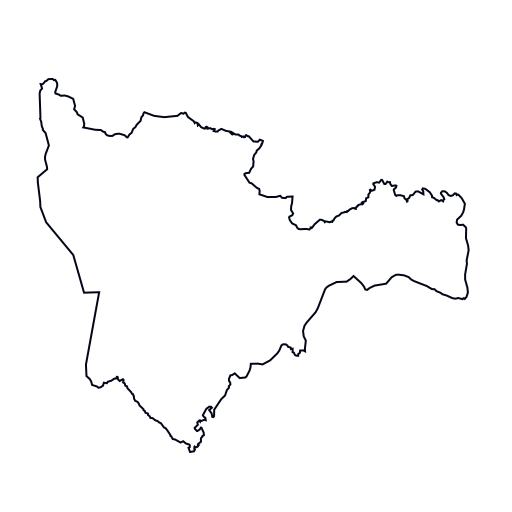 Tuy, Tuy, Burkina Faso (Natural Earth projection), rotated 356°
{"feature_id": "67063806B52798800731394", "entity_name": "Tuy", "entity_type": "district", "adm_level": 2, "iso_a3": "BFA", "parent_name": "Burkina Faso", "parent_adm1": "Tuy", "projection": "natural_earth1", "projection_center": [-3.482, 11.43], "detail": "fine", "context": "isolated", "style": "outline", "palette": "ink", "viewbox_px": 512, "rotation_deg": 356, "n_neighbors": 0, "source": "geoboundaries", "source_scale": "gbopen_adm2", "svg_char_len": 6079}
<svg xmlns="http://www.w3.org/2000/svg" viewBox="0 0 512 512"><g transform="rotate(356 256 256)"><path d="M195.9,108.3L194.9,108.0L193.5,109.0L191.3,108.1L187.4,110.7L174.2,111.1L164.2,109.1L154.7,104.8L153.7,105.9L153.1,107.8L151.3,109.6L150.3,113.1L146.2,116.7L144.7,119.0L142.4,120.6L140.5,124.4L138.2,126.0L136.3,128.7L135.6,128.7L133.3,126.3L128.0,124.4L124.0,124.6L121.1,126.2L118.1,126.0L115.8,125.1L114.5,123.7L114.0,121.9L112.3,121.4L110.0,119.5L104.6,118.9L92.7,115.7L93.4,114.8L93.9,112.2L92.8,105.8L87.9,102.2L87.4,100.2L84.8,96.9L86.0,93.7L84.6,86.5L79.8,83.7L76.5,82.6L72.3,82.5L70.6,81.2L67.3,79.9L67.2,78.2L69.5,72.9L69.7,70.0L69.3,68.6L68.0,66.3L66.7,66.5L65.5,65.2L61.2,65.1L59.1,66.8L57.8,67.0L56.3,68.8L54.8,69.8L53.2,69.5L54.3,74.0L52.3,76.0L51.5,78.7L50.6,103.2L50.1,103.9L51.1,107.1L51.4,111.9L52.3,114.1L52.1,115.3L54.7,118.7L57.1,131.3L53.3,139.5L52.4,142.6L52.3,145.2L53.7,152.5L53.7,154.9L43.7,162.2L43.5,167.4L44.5,186.3L44.3,192.0L49.0,207.7L73.8,242.3L81.9,280.6L97.0,281.2L78.8,352.4L78.5,363.9L81.7,367.3L82.9,369.9L83.5,373.2L88.1,375.0L89.7,376.4L91.7,376.2L94.3,374.7L95.4,371.8L98.4,372.5L99.4,371.1L103.0,370.3L106.1,368.4L107.8,368.5L108.8,366.8L109.5,367.0L109.8,369.5L111.3,371.2L114.6,369.6L115.3,370.5L114.6,372.9L116.1,373.8L116.6,376.3L118.2,377.0L118.6,379.0L122.1,383.3L122.6,384.7L123.7,385.3L124.0,386.9L124.4,387.2L124.4,389.8L125.4,392.0L127.5,393.2L128.4,394.3L129.5,397.1L133.0,400.9L133.0,401.9L134.3,402.9L134.8,404.7L137.2,405.6L137.2,407.1L138.9,408.6L139.4,410.2L141.5,410.5L144.2,413.0L146.1,413.6L147.8,415.3L149.5,416.2L152.3,420.7L153.7,421.3L155.2,423.5L157.9,428.2L158.1,429.5L158.8,429.8L160.2,432.8L162.5,433.4L167.7,436.8L170.5,435.7L172.9,438.1L176.4,439.5L176.8,440.6L176.5,442.2L175.3,442.6L176.5,446.9L180.5,446.5L181.5,445.0L181.0,444.4L181.2,442.2L181.5,441.8L182.3,442.8L184.2,442.3L185.2,441.2L184.7,441.2L185.0,439.6L188.2,437.4L188.2,435.0L188.7,433.5L189.7,432.7L189.9,431.9L191.5,431.2L191.5,428.6L189.6,423.5L189.1,423.3L187.8,425.1L185.4,426.5L184.9,426.5L182.9,424.0L182.8,423.2L186.2,420.3L185.8,417.9L187.8,416.3L188.6,417.3L188.9,416.2L190.2,416.7L192.8,415.8L194.4,416.3L194.2,414.0L192.6,412.6L191.9,411.1L195.8,405.0L198.9,403.0L200.7,403.3L201.4,404.3L198.5,406.4L200.7,409.8L201.2,413.5L202.2,413.7L203.0,412.8L203.6,406.4L211.5,396.2L215.4,393.0L217.6,387.7L219.8,385.6L219.8,384.0L221.5,382.4L221.4,380.3L220.4,378.8L220.4,376.8L222.1,373.3L223.9,373.1L226.6,371.6L231.2,376.6L236.6,376.5L238.0,375.7L241.5,370.0L242.7,366.9L243.3,363.2L250.3,363.5L255.0,364.6L262.8,361.1L270.5,354.6L272.7,351.8L275.1,347.0L276.8,346.0L279.5,346.2L281.1,347.5L281.7,348.9L284.2,349.7L284.4,351.3L286.1,351.1L285.8,354.5L287.1,355.1L287.8,357.3L289.2,358.2L291.1,358.5L291.4,356.6L293.0,355.7L293.4,353.4L296.7,353.5L298.3,354.5L298.3,352.0L299.8,343.9L298.0,339.5L297.7,334.1L299.5,329.0L301.7,326.1L311.6,316.2L314.2,312.0L322.5,294.2L323.9,292.5L326.5,290.8L334.6,287.6L344.6,287.9L348.5,285.6L351.9,282.8L359.2,290.4L361.7,294.2L362.6,296.9L364.4,297.6L367.2,295.8L372.2,293.8L383.9,292.7L389.9,286.6L394.1,284.6L396.6,284.5L402.3,285.6L406.8,287.7L409.3,290.4L412.2,292.2L424.3,297.9L429.2,301.3L431.8,301.6L433.5,303.6L437.7,305.7L439.2,307.1L443.8,308.9L449.1,311.8L452.1,312.5L454.8,312.0L459.1,313.5L460.0,312.6L460.9,312.7L461.3,313.3L463.1,311.5L464.8,307.4L464.7,302.4L463.0,294.2L463.3,289.1L465.9,278.5L465.8,275.1L468.5,265.2L468.3,260.3L466.7,252.9L467.6,243.2L467.2,241.8L464.7,239.2L462.3,239.4L459.5,238.8L458.5,236.6L459.1,233.8L463.6,230.1L465.7,226.9L466.8,223.9L468.0,218.4L465.2,212.6L462.3,209.1L461.7,208.7L460.4,209.2L459.9,207.7L458.6,207.4L456.6,209.2L454.4,209.7L452.3,208.6L450.9,206.4L448.9,204.7L446.4,204.4L445.0,205.7L444.8,206.7L447.3,210.5L447.8,212.4L447.0,212.8L446.5,214.5L444.6,213.2L442.2,214.3L441.0,212.9L440.1,212.9L437.5,210.4L435.8,209.7L435.7,207.9L433.8,204.5L429.5,200.8L427.1,200.2L426.4,201.2L427.4,203.3L427.3,206.1L422.1,202.8L419.7,202.9L416.6,206.2L414.2,206.2L412.8,208.8L410.8,209.9L411.1,211.7L410.5,212.2L410.0,210.6L408.2,208.8L407.7,206.6L404.1,205.4L401.0,205.3L400.2,205.8L399.1,204.8L398.0,199.7L398.3,199.0L400.3,197.6L401.0,195.8L400.2,195.3L396.4,195.6L395.0,193.5L394.7,191.6L392.9,191.6L392.1,191.0L390.3,193.2L389.0,193.1L387.1,188.9L386.3,188.8L383.9,191.4L381.5,190.8L378.2,191.7L378.0,192.5L379.6,195.2L378.8,198.2L376.1,199.0L374.8,197.8L374.2,198.1L374.5,199.4L373.8,201.1L372.4,202.5L372.2,205.3L369.9,206.1L369.3,208.9L365.9,209.7L365.4,210.2L366.6,211.0L365.8,211.9L364.7,211.6L361.5,212.3L360.7,213.6L360.2,213.5L358.9,214.8L358.9,215.9L357.8,215.6L357.7,215.1L355.3,215.0L352.3,216.4L351.3,217.5L350.1,217.5L349.7,218.5L347.5,218.2L346.8,218.7L344.4,219.0L341.6,221.4L338.9,222.2L337.0,223.9L335.7,226.0L334.8,226.1L334.4,227.3L333.0,227.0L332.0,227.5L327.9,226.3L327.0,227.0L326.6,226.0L324.3,224.6L322.3,224.2L316.7,228.4L314.3,231.2L312.8,231.3L313.1,232.1L312.2,232.2L311.0,233.3L308.1,232.5L301.9,232.4L300.2,231.9L299.1,230.7L298.0,228.1L294.3,226.0L292.2,222.5L291.7,219.7L292.2,219.0L295.0,217.9L296.0,216.2L294.1,212.4L294.7,208.2L295.6,206.1L296.6,199.2L290.9,199.1L289.6,200.3L286.1,199.8L284.3,197.6L280.2,198.5L271.6,198.0L263.7,194.7L264.2,191.1L263.8,189.3L261.4,187.9L256.7,183.2L254.6,182.4L250.1,174.3L250.2,173.3L251.9,172.6L254.9,172.6L257.2,168.6L259.4,166.5L260.2,161.4L259.8,159.0L261.3,155.0L263.5,152.7L264.1,150.9L266.8,148.9L269.4,145.5L269.1,145.0L270.3,143.6L270.9,141.7L268.0,140.2L265.8,142.2L261.4,141.5L257.1,136.0L256.1,135.9L254.6,134.7L254.0,135.0L253.3,136.6L252.0,136.6L251.6,135.9L250.2,136.2L250.2,135.7L247.8,134.6L247.2,133.7L243.8,133.3L241.7,131.7L241.3,133.0L240.8,133.1L239.2,131.4L240.3,130.9L239.9,130.4L234.6,129.0L230.3,126.8L227.2,128.2L226.5,129.1L224.4,129.1L222.5,128.3L223.7,126.6L222.9,126.2L220.9,126.4L219.4,125.3L216.2,125.6L216.0,125.0L216.6,124.3L215.8,123.6L214.9,123.8L213.8,125.4L212.6,125.0L210.2,123.6L208.2,120.7L207.1,121.6L206.9,119.2L204.6,118.4L204.1,119.0L203.3,117.2L197.8,112.6L195.9,108.3Z" fill="none" stroke="#020617" stroke-width="2"/></g></svg>